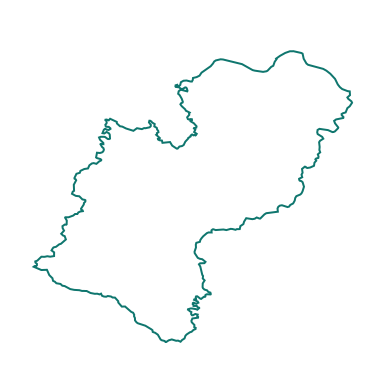 Venadillo, Tolima, Colombia (Equal Earth projection), rotated 277°
{"feature_id": "7082276B11434754616335", "entity_name": "Venadillo", "entity_type": "district", "adm_level": 2, "iso_a3": "COL", "parent_name": "Colombia", "parent_adm1": "Tolima", "projection": "equal_earth", "projection_center": [-74.942, 4.71], "detail": "fine", "context": "isolated", "style": "outline", "palette": "teal", "viewbox_px": 384, "rotation_deg": 277, "n_neighbors": 0, "source": "geoboundaries", "source_scale": "gbopen_adm2", "svg_char_len": 5923}
<svg xmlns="http://www.w3.org/2000/svg" viewBox="0 0 384 384"><g transform="rotate(277 192 192)"><path d="M311.6,186.9L308.4,185.3L306.6,182.6L305.3,179.1L303.3,179.1L301.6,178.4L301.5,177.0L302.0,173.0L301.4,170.0L299.6,167.6L296.8,167.3L295.5,166.2L295.3,165.0L296.6,164.3L295.9,162.7L294.7,162.7L294.3,163.1L294.3,166.4L292.9,168.7L293.3,170.4L295.0,172.5L294.9,173.5L294.2,174.2L291.9,175.2L291.3,175.0L292.1,168.9L291.4,167.4L290.3,166.5L287.8,166.3L286.7,167.9L283.4,170.4L280.4,171.9L279.7,171.8L278.6,170.2L277.6,169.8L275.9,171.4L273.1,175.3L272.0,175.9L270.5,180.1L269.5,179.5L268.3,179.9L265.6,178.1L263.9,179.0L263.6,179.9L264.2,181.7L264.2,183.0L263.4,183.2L262.8,181.6L262.1,181.8L260.5,185.4L257.8,188.5L256.4,188.4L255.7,186.2L255.4,186.1L254.2,187.7L251.8,186.8L250.3,189.6L248.8,188.9L248.5,188.4L249.0,187.5L248.4,186.4L249.1,185.2L248.9,184.7L247.7,183.7L247.0,183.9L245.2,181.7L244.7,181.8L241.1,179.2L237.6,178.0L236.4,176.5L235.6,174.0L233.3,172.4L233.2,171.5L235.6,166.7L238.9,164.1L237.2,156.7L239.4,155.9L239.4,153.3L240.0,151.9L240.6,151.7L241.0,153.2L241.6,153.5L244.4,149.5L245.1,150.2L246.2,150.0L247.2,151.4L248.6,151.0L249.7,149.8L251.4,149.2L252.5,146.6L254.9,146.7L256.1,143.9L257.0,143.2L257.8,141.3L258.3,141.1L255.8,140.8L253.6,143.0L252.2,143.0L251.0,142.0L249.6,137.9L249.6,136.7L248.3,134.6L248.6,129.6L245.6,126.4L247.0,118.8L248.4,114.9L248.5,112.5L250.9,109.1L252.4,108.8L254.7,101.8L253.0,100.6L253.5,98.5L253.2,97.3L252.7,97.3L252.2,98.3L250.8,98.8L249.7,98.8L248.2,97.8L246.6,98.4L246.3,99.3L246.5,101.4L245.3,103.2L244.7,103.4L243.4,101.7L243.5,99.6L244.1,98.4L244.0,97.8L243.0,96.9L239.5,96.0L239.4,97.8L241.2,100.0L240.0,102.6L238.8,103.4L235.0,104.1L234.4,103.2L234.4,101.8L235.9,99.2L236.1,98.0L235.7,94.8L234.8,93.1L232.7,94.3L229.9,98.0L228.7,98.2L228.6,95.5L228.3,95.3L225.7,97.3L224.7,98.8L223.2,99.4L221.4,98.9L220.3,97.8L219.5,95.9L219.4,92.9L214.6,92.6L214.1,93.5L213.5,97.2L212.9,98.0L212.3,98.0L210.9,96.0L208.3,93.7L208.7,90.9L208.1,89.1L206.0,86.9L202.7,85.9L201.7,82.3L199.4,78.7L197.4,78.3L196.0,75.1L191.5,73.6L190.9,73.8L190.4,75.0L189.5,75.6L184.8,73.8L178.8,74.8L177.8,73.6L175.6,73.1L174.0,77.1L174.0,80.7L171.3,84.1L171.1,86.7L170.8,87.2L169.5,87.3L167.9,86.1L166.4,86.1L161.9,83.9L161.1,84.2L160.4,85.7L159.7,86.0L159.0,83.5L157.9,81.7L156.2,80.9L155.9,78.6L154.2,77.1L151.9,72.6L151.5,69.4L151.0,69.2L148.4,71.2L144.6,71.5L144.2,71.1L144.2,69.7L142.3,67.6L140.4,68.0L138.0,69.7L134.6,67.3L133.1,69.3L132.7,71.0L129.5,72.6L124.6,68.2L123.9,66.6L121.1,63.8L120.1,61.3L119.0,60.6L116.9,59.7L115.3,62.5L111.6,62.9L110.5,59.1L110.6,56.2L109.7,53.6L109.4,50.4L105.0,46.8L104.0,44.9L102.9,45.2L101.8,46.8L100.4,47.0L99.6,46.5L99.3,44.8L98.5,44.0L96.2,52.0L97.1,57.5L92.1,60.5L89.4,64.0L86.9,64.9L86.2,66.9L84.9,68.5L84.7,72.7L83.2,74.7L83.1,77.1L80.8,83.0L80.5,87.0L80.8,92.2L80.4,94.8L80.9,99.5L79.4,103.6L79.1,107.9L79.5,110.3L79.1,112.7L80.0,114.1L78.0,115.4L77.5,117.4L77.6,119.6L78.5,121.1L78.4,124.4L77.6,126.0L77.8,128.4L74.6,132.1L73.3,132.3L69.7,136.3L70.2,139.5L65.6,146.3L65.0,148.3L63.1,149.6L61.7,149.6L60.0,150.7L57.6,151.1L55.8,152.9L55.1,154.3L53.6,162.0L50.7,168.5L50.0,169.6L48.3,170.1L47.8,172.5L46.2,175.5L41.8,178.8L41.2,179.9L40.8,183.0L39.9,184.0L40.0,184.7L41.9,186.9L43.2,189.9L42.4,194.4L42.8,196.3L42.0,198.9L43.9,200.2L45.7,202.4L48.5,203.0L49.9,204.0L52.5,207.0L53.2,208.6L55.3,210.3L56.4,212.2L57.6,212.2L58.1,210.7L60.3,210.6L62.7,207.6L64.0,207.1L66.5,207.8L68.0,213.3L68.8,213.3L69.5,212.3L71.0,212.6L71.3,210.1L69.7,207.8L69.7,206.9L70.8,206.0L72.8,206.0L73.5,204.1L74.3,203.4L74.7,202.3L75.1,202.3L76.2,204.7L76.4,206.5L76.2,210.3L75.8,211.6L77.7,213.3L78.0,213.2L78.3,211.7L79.5,210.6L79.1,207.4L80.2,207.2L80.7,206.4L81.9,206.4L82.3,207.0L81.6,209.9L82.9,211.8L84.0,211.0L85.2,207.2L85.8,207.4L86.2,209.1L88.0,208.5L88.9,208.8L89.1,210.0L87.1,213.3L87.0,214.1L89.4,216.5L89.5,217.6L89.9,218.0L91.2,217.8L91.7,218.2L92.3,219.2L92.6,222.9L93.0,223.1L94.4,222.5L94.8,220.3L96.2,219.0L96.7,216.2L97.9,214.6L98.9,214.1L102.6,213.8L105.8,215.3L107.5,213.2L110.0,213.2L111.0,212.3L119.1,209.3L121.1,207.7L122.2,208.7L122.9,213.0L124.3,213.9L126.5,210.4L126.7,207.7L127.4,205.7L131.7,202.1L133.1,201.8L137.4,202.7L140.2,202.2L142.1,202.5L143.5,205.9L145.3,206.1L147.1,207.0L149.4,208.5L153.0,211.8L153.9,213.4L154.2,216.4L156.3,216.0L157.4,217.0L157.6,217.8L157.1,220.1L158.6,227.7L158.4,230.8L160.1,234.8L160.2,236.5L159.8,239.8L160.6,241.0L161.0,243.9L164.1,244.2L166.4,246.9L168.9,247.3L172.6,249.0L172.4,255.2L173.1,257.5L174.6,259.3L173.9,262.1L174.0,263.0L178.6,266.6L180.0,268.3L182.9,279.6L186.1,278.9L187.9,279.5L189.2,280.9L189.8,282.9L188.7,288.7L189.4,290.2L191.1,291.1L193.0,293.8L196.0,295.0L198.7,295.2L200.6,296.1L202.7,299.8L203.9,300.8L206.0,301.6L210.9,302.5L215.2,300.6L216.1,299.3L216.4,297.5L217.2,296.9L218.2,296.7L220.1,299.6L222.5,298.6L224.6,299.4L228.3,298.4L230.9,300.9L230.8,301.8L230.1,302.5L229.9,303.6L230.7,306.3L232.9,309.9L236.1,310.0L238.2,311.5L239.5,310.5L240.4,311.2L241.2,313.2L242.6,313.3L244.7,312.3L247.0,314.4L249.2,313.3L252.3,313.2L256.9,312.1L258.4,312.8L260.9,315.8L262.6,314.5L264.8,309.7L266.5,309.0L268.9,309.1L270.2,310.8L270.0,319.5L268.6,324.0L268.8,325.2L269.6,326.5L273.1,329.2L273.9,329.3L277.6,325.6L279.9,324.4L281.6,326.2L283.9,333.1L284.8,333.2L286.6,331.2L287.6,331.0L288.5,332.1L289.7,334.8L294.2,336.0L296.3,338.1L300.1,340.0L301.4,339.2L303.6,335.6L304.8,334.7L307.4,337.0L311.1,336.3L311.1,334.1L312.5,328.5L314.1,326.0L316.5,323.6L321.7,320.2L326.2,314.9L328.8,310.6L330.2,307.2L332.4,291.7L333.5,289.9L337.9,286.6L342.8,284.9L343.3,283.6L344.1,275.6L343.6,272.0L341.4,267.6L337.9,262.8L334.7,259.3L334.3,259.8L331.3,258.2L327.2,257.3L325.9,255.4L321.6,252.2L320.9,251.2L319.9,247.9L320.1,239.6L320.4,237.3L325.0,226.1L327.3,206.7L327.2,204.2L325.5,199.6L324.2,198.1L322.1,197.2L319.1,195.2L311.6,186.9Z" fill="none" stroke="#0f766e" stroke-width="2"/></g></svg>